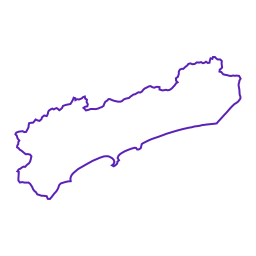 Bertioga, São Paulo, Brazil (Robinson projection)
{"feature_id": "56859067B23167317644380", "entity_name": "Bertioga", "entity_type": "district", "adm_level": 2, "iso_a3": "BRA", "parent_name": "Brazil", "parent_adm1": "São Paulo", "projection": "robinson", "projection_center": [-46.037, -23.766], "detail": "fine", "context": "isolated", "style": "outline", "palette": "violet", "viewbox_px": 256, "rotation_deg": 0, "n_neighbors": 0, "source": "geoboundaries", "source_scale": "gbopen_adm2", "svg_char_len": 3582}
<svg xmlns="http://www.w3.org/2000/svg" viewBox="0 0 256 256"><path d="M240.6,78.7L239.1,75.9L236.6,75.6L234.7,75.8L233.1,75.5L231.1,76.0L229.4,75.8L227.0,75.1L225.1,74.8L223.2,74.3L221.4,72.1L219.5,71.6L219.7,69.7L220.9,68.8L222.1,67.5L221.9,65.7L221.6,63.7L221.8,61.1L220.3,59.5L217.5,59.4L216.1,58.3L214.8,57.0L213.0,57.0L212.4,58.9L210.6,58.3L209.9,60.3L209.5,62.7L207.8,63.0L206.0,61.7L204.6,62.7L202.8,63.2L201.1,62.1L199.3,62.6L196.8,62.4L194.6,64.0L192.3,64.2L190.5,63.4L188.4,63.9L187.4,65.3L184.9,67.3L183.3,68.9L181.8,68.8L179.9,69.6L178.8,71.6L178.8,74.0L177.9,76.8L175.9,78.3L176.1,80.7L177.6,82.3L176.1,83.2L174.8,85.2L173.3,86.8L172.1,88.1L170.7,89.3L169.2,90.0L167.7,90.3L166.1,89.8L164.1,90.2L162.4,90.4L159.5,89.5L159.5,87.1L156.8,86.8L154.1,87.7L152.1,87.1L150.6,86.1L148.6,86.5L146.4,87.7L144.7,88.5L143.5,89.5L142.0,91.4L140.4,92.5L138.4,92.3L136.8,93.2L135.2,94.2L133.3,94.6L131.7,95.8L130.3,96.7L129.0,98.0L126.3,98.5L124.0,99.3L121.8,101.2L120.1,101.7L118.2,101.7L115.9,101.2L114.1,100.8L111.6,99.9L110.0,99.1L108.5,99.1L107.3,100.5L105.3,101.8L104.2,103.9L103.6,105.8L101.9,107.0L100.0,107.7L97.9,108.6L95.7,109.1L92.8,109.0L90.6,109.0L88.3,109.9L85.9,110.4L84.8,109.0L83.5,107.9L85.0,106.8L87.3,106.3L87.8,104.3L86.6,102.0L86.9,99.6L85.2,98.6L84.8,96.5L83.1,97.1L81.7,98.4L79.0,99.5L77.0,99.2L75.4,100.1L75.2,98.2L73.7,97.7L72.9,99.8L71.7,102.0L70.4,104.0L68.4,104.4L66.4,104.8L64.4,105.4L62.9,106.0L62.1,107.9L60.6,109.3L59.3,110.2L58.1,109.1L56.7,108.1L55.1,108.6L53.8,109.4L52.3,108.6L50.8,109.3L48.9,110.6L48.1,112.1L47.7,114.2L46.7,116.1L44.2,115.5L42.1,117.2L41.4,119.2L39.5,120.9L37.6,120.4L35.6,119.5L34.4,121.2L33.0,122.7L30.8,122.8L29.1,123.2L28.7,125.1L28.5,127.3L27.3,129.7L26.1,131.9L24.3,132.1L22.6,131.2L20.7,131.4L18.6,131.7L16.3,132.6L15.4,134.2L16.8,135.8L17.6,138.5L19.3,140.6L18.3,142.1L18.3,143.9L17.3,145.5L17.1,147.4L18.5,148.1L19.6,149.6L21.5,150.7L24.0,152.8L25.7,154.2L28.0,154.1L30.1,154.6L31.4,156.3L30.8,159.1L30.1,161.5L29.0,163.3L27.0,164.8L25.1,166.9L23.7,166.6L22.0,167.4L20.5,168.6L18.7,169.4L17.4,171.3L18.8,171.9L18.7,173.6L18.6,175.6L18.4,178.1L18.4,180.5L19.9,182.5L22.2,182.1L24.5,182.6L26.3,182.6L28.5,182.6L30.1,183.8L31.3,185.6L32.3,187.2L33.0,189.1L34.4,191.0L35.9,192.1L37.3,194.4L39.1,194.9L41.4,195.7L43.7,195.8L46.7,196.2L47.7,198.8L49.9,199.0L51.8,196.8L54.3,193.5L56.3,191.4L58.0,188.6L59.2,185.1L60.8,183.4L63.4,182.6L66.1,181.8L68.2,181.4L70.7,181.2L70.4,178.7L70.8,177.0L71.7,175.0L73.4,173.0L75.1,171.6L76.4,170.5L77.8,169.3L79.2,168.4L80.8,167.5L82.4,166.6L84.5,165.4L86.7,164.1L88.9,162.9L90.4,162.1L92.3,161.0L94.5,160.0L97.0,159.0L99.2,158.0L101.2,157.3L103.9,156.4L106.6,156.2L108.4,156.3L110.4,157.2L112.4,158.4L113.8,160.0L114.4,162.1L113.4,164.3L112.0,165.3L113.7,166.3L115.5,165.2L117.2,163.5L117.4,161.7L119.0,160.3L117.6,158.0L118.6,155.6L120.1,154.1L121.9,152.9L124.9,151.2L127.1,150.3L130.1,149.1L132.6,148.3L134.4,147.8L136.0,147.9L137.2,149.5L138.9,149.4L140.7,148.2L141.3,146.1L141.7,144.1L143.2,143.1L144.6,142.4L146.4,141.5L148.4,140.5L151.6,139.1L153.9,138.3L158.1,136.9L161.4,135.7L167.0,133.6L174.0,131.5L178.8,130.1L182.7,129.1L188.9,127.7L191.5,127.3L193.3,126.8L194.8,126.4L196.9,126.2L199.1,125.9L202.2,125.1L204.8,124.8L206.8,124.5L210.0,124.2L212.6,123.9L214.8,123.7L216.7,123.4L218.0,121.8L220.6,119.0L224.2,115.0L226.4,112.7L227.8,111.1L230.3,108.2L232.1,106.3L234.5,104.0L236.1,103.1L237.9,101.8L239.1,100.4L240.4,98.5L240.4,96.5L239.7,94.8L239.5,92.0L239.3,89.1L238.7,86.2L238.6,84.1L239.2,82.3L239.4,80.6L240.6,78.7Z" fill="none" stroke="#5b21b6" stroke-width="2"/></svg>